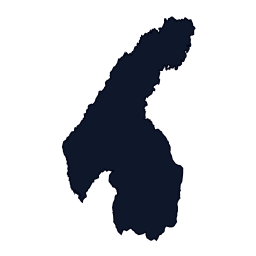 Patía, Cauca, Colombia, rotated 181°
{"feature_id": "7082276B46133695651434", "entity_name": "Patía", "entity_type": "district", "adm_level": 2, "iso_a3": "COL", "parent_name": "Colombia", "parent_adm1": "Cauca", "projection": "equal_earth", "projection_center": [-77.047, 2.133], "detail": "fine", "context": "isolated", "style": "filled", "palette": "ink", "viewbox_px": 256, "rotation_deg": 181, "n_neighbors": 0, "source": "geoboundaries", "source_scale": "gbopen_adm2", "svg_char_len": 5791}
<svg xmlns="http://www.w3.org/2000/svg" viewBox="0 0 256 256"><g transform="rotate(181 128 128)"><path d="M72.8,88.7L75.0,91.0L77.4,91.4L80.2,92.8L83.4,97.1L84.4,101.1L85.6,103.4L86.0,105.4L85.7,106.5L85.7,109.3L86.2,110.8L87.6,113.3L87.5,114.2L88.1,115.4L88.8,115.6L89.6,117.7L91.1,120.0L92.5,121.1L93.1,122.2L93.9,122.6L94.5,124.5L96.1,125.4L97.7,127.0L98.8,127.0L100.4,126.3L101.6,127.0L101.9,128.5L102.4,129.5L102.4,130.8L103.9,131.7L104.6,134.2L105.3,134.9L106.0,134.9L106.3,136.3L107.7,136.4L108.4,137.4L110.1,136.7L112.0,137.3L111.2,139.1L111.7,141.2L111.4,143.1L111.5,143.7L111.1,144.4L111.9,144.7L111.7,146.5L112.2,146.7L112.5,147.8L112.4,149.0L111.6,149.7L111.2,151.5L110.8,151.6L110.2,150.9L109.4,151.4L110.3,154.2L112.2,155.6L111.9,156.8L111.3,157.4L111.1,159.2L110.4,159.9L109.2,159.2L108.3,160.5L105.1,162.7L104.1,165.9L103.5,166.3L102.2,166.0L102.1,167.2L103.9,168.8L103.9,169.5L103.2,170.8L101.9,171.5L99.5,173.4L98.3,172.6L98.0,172.9L97.4,176.7L98.6,178.3L97.4,183.6L98.1,185.4L97.8,186.1L94.8,186.4L94.3,188.1L93.2,189.4L93.1,190.9L92.6,191.3L91.2,190.4L90.9,187.3L90.4,186.9L89.8,187.8L90.5,189.9L89.6,190.8L89.1,192.4L87.7,192.0L86.9,190.9L87.0,189.7L88.3,188.4L88.1,187.7L87.4,187.7L87.0,189.1L86.2,189.4L84.7,188.9L84.0,189.1L83.3,190.9L82.8,191.2L81.9,190.4L81.8,187.8L81.3,187.3L80.7,187.3L80.0,187.9L79.2,191.4L78.7,191.8L77.4,191.4L75.8,192.9L75.8,194.1L76.3,195.3L76.1,196.4L75.6,196.5L75.4,195.9L74.6,195.6L73.7,195.8L73.2,196.8L72.6,198.9L71.5,200.2L71.3,201.6L73.0,205.5L71.8,206.9L71.0,207.2L70.5,206.7L70.4,204.8L69.8,205.3L68.5,208.1L68.4,209.0L68.8,209.9L69.9,210.6L70.2,211.4L70.1,211.8L68.6,211.5L67.5,210.7L67.1,210.9L66.9,212.7L67.6,214.3L67.4,217.8L68.0,219.4L68.0,220.8L67.8,221.4L66.5,222.2L65.2,222.3L64.2,222.8L64.3,227.1L63.0,228.8L63.9,230.2L65.2,230.9L65.5,233.2L67.1,237.0L67.8,237.1L68.8,236.2L72.6,238.9L73.0,238.8L73.5,237.4L74.2,237.0L75.3,236.8L75.7,237.4L76.4,237.3L77.2,235.9L78.6,236.9L81.6,235.9L82.3,237.0L83.2,237.3L85.3,239.3L86.4,239.5L88.3,238.0L89.1,237.9L89.4,237.2L89.3,236.2L90.6,235.6L91.4,235.7L92.3,237.6L92.9,237.7L93.2,236.9L93.0,234.8L93.2,233.4L95.2,228.9L96.4,227.9L97.4,228.4L98.7,228.0L98.6,227.4L97.2,225.7L98.0,224.9L98.4,223.6L99.8,223.7L100.5,225.6L102.1,226.3L103.1,227.6L104.0,226.9L105.2,226.8L106.1,223.6L106.7,223.8L107.1,225.6L107.6,225.0L107.7,223.8L109.4,223.6L109.6,222.0L112.1,222.7L112.7,222.2L113.2,220.7L113.6,220.5L115.0,219.9L115.8,220.4L115.9,219.0L116.9,218.5L116.6,217.1L118.0,215.1L117.8,213.9L118.0,212.8L119.3,212.4L119.9,212.7L120.1,212.1L120.0,210.1L121.1,209.2L121.5,209.3L121.8,208.7L122.3,208.8L123.6,204.7L124.8,204.2L125.3,203.3L125.6,201.2L126.2,201.3L127.1,202.4L128.5,201.2L129.1,201.0L130.9,203.0L132.1,201.0L132.4,202.5L134.1,199.1L135.6,198.4L136.8,196.8L137.0,195.8L137.7,195.6L138.1,196.7L138.4,196.7L139.3,193.0L140.2,191.3L141.5,189.2L143.2,188.3L144.5,185.2L146.4,183.1L146.4,182.5L145.9,182.1L146.6,180.4L146.2,178.2L146.3,176.8L147.4,176.6L148.3,175.3L149.5,175.1L151.0,173.3L151.1,172.7L150.6,169.3L151.8,168.2L152.3,166.9L154.7,163.9L156.4,164.2L157.3,163.9L157.9,160.6L160.3,156.5L160.8,154.4L161.7,152.6L163.6,150.6L165.1,151.0L167.5,149.8L167.9,148.5L167.8,147.1L168.4,145.6L169.2,145.4L169.5,144.9L169.4,142.6L170.0,141.9L171.8,141.0L171.4,139.1L171.6,137.8L172.0,136.9L172.7,136.5L173.1,134.8L174.2,134.3L176.1,130.5L178.5,129.0L178.8,128.4L178.7,127.3L179.3,126.7L180.7,127.2L181.3,125.7L181.0,124.5L181.3,123.4L184.0,122.9L185.6,120.7L186.1,119.0L187.1,118.1L187.4,117.2L188.4,117.4L188.9,116.0L188.0,115.8L187.9,115.2L190.1,114.4L191.9,113.0L193.0,107.9L192.2,105.6L191.9,103.0L191.4,102.2L191.1,100.7L190.2,99.4L189.5,99.1L189.5,98.0L189.1,97.9L188.8,97.1L188.7,95.1L187.8,94.2L188.1,91.1L187.7,90.9L187.2,91.5L187.2,89.9L186.6,89.9L186.7,87.9L187.0,87.9L187.1,87.5L186.8,87.2L186.2,87.5L186.0,87.1L186.2,86.6L186.5,86.9L187.3,86.2L186.6,83.8L187.6,82.0L187.6,81.0L187.0,81.0L187.2,80.3L186.7,79.7L186.8,78.8L185.9,78.4L185.5,77.2L185.6,76.6L185.4,75.9L185.8,74.8L184.9,74.1L184.4,70.7L183.9,70.2L184.0,69.0L183.4,67.8L183.7,67.4L182.9,66.5L182.6,65.4L181.8,65.6L181.2,64.1L180.9,64.3L180.6,63.1L180.3,63.2L180.1,64.2L179.8,64.3L179.8,62.1L178.7,63.2L178.5,62.5L178.0,62.4L178.1,61.8L177.2,61.2L176.7,62.3L176.2,61.3L175.7,61.3L175.8,60.5L175.2,60.7L175.2,60.0L174.7,59.5L175.5,59.1L176.0,57.3L174.9,56.4L173.1,53.7L172.4,53.3L172.3,54.9L171.8,55.8L170.5,57.4L168.8,58.5L168.8,59.5L169.7,62.3L169.4,63.2L167.7,64.7L167.2,66.4L165.8,67.7L163.0,73.3L161.5,73.7L161.5,75.2L161.1,76.4L159.4,76.7L156.8,78.0L157.0,80.3L154.9,82.8L154.2,84.2L153.8,84.4L153.0,83.8L152.4,84.1L150.2,86.3L148.4,84.7L147.2,85.6L146.3,85.8L143.7,85.0L141.4,85.1L141.6,84.6L142.5,84.2L145.4,80.4L145.8,74.7L145.0,73.3L144.3,73.2L144.1,72.0L143.4,71.8L142.0,69.1L139.5,68.5L138.7,67.2L138.0,67.5L138.0,66.4L137.4,66.1L137.8,64.8L137.4,64.3L137.1,62.3L136.8,62.1L137.1,61.9L137.6,60.5L138.7,60.4L139.4,59.3L139.2,58.7L139.5,58.2L139.6,56.3L141.1,52.8L141.8,48.3L141.3,45.1L140.7,44.0L140.8,43.2L141.3,43.2L140.6,40.3L140.7,39.7L140.3,39.4L140.5,38.0L140.2,35.0L140.5,34.1L138.2,30.8L137.9,28.5L137.1,28.1L137.0,27.3L135.8,24.3L133.0,21.8L131.3,26.2L129.3,26.3L127.6,25.5L124.5,27.8L123.1,28.2L121.0,25.9L120.1,25.6L118.3,23.4L115.4,21.8L111.6,22.7L109.1,24.2L108.4,24.1L107.9,23.5L107.9,21.4L106.9,18.7L103.4,16.5L102.5,16.5L100.2,18.1L98.6,17.4L97.7,16.5L96.6,18.3L95.5,21.1L94.7,22.3L93.4,22.3L92.2,23.8L90.8,24.7L90.2,25.8L90.2,27.7L89.0,30.3L87.9,30.9L84.4,30.0L81.6,30.3L80.5,31.1L78.0,35.1L78.5,37.0L78.6,38.8L77.9,41.3L78.0,43.9L77.4,45.4L77.4,49.4L77.6,51.0L78.0,51.3L77.9,54.0L76.9,56.6L76.2,57.4L75.7,58.5L75.1,58.9L75.5,60.3L75.4,63.0L75.7,64.0L75.3,65.9L74.8,66.3L75.3,67.7L75.0,72.5L73.5,75.5L72.8,82.9L72.8,88.7Z" fill="#0f172a" stroke="#020617" stroke-width="1.5"/></g></svg>